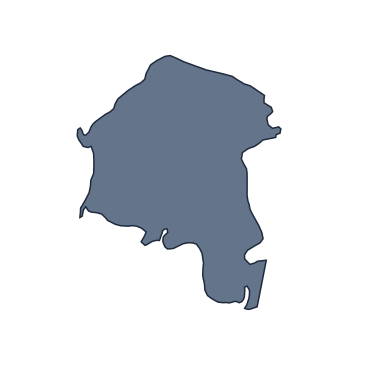 outline of Sarikei, Sarawak, Malaysia, rotated 241°
{"feature_id": "92858781B34394756888936", "entity_name": "Sarikei", "entity_type": "district", "adm_level": 2, "iso_a3": "MYS", "parent_name": "Malaysia", "parent_adm1": "Sarawak", "projection": "mercator", "projection_center": [111.411, 2.079], "detail": "fine", "context": "isolated", "style": "filled", "palette": "slate", "viewbox_px": 384, "rotation_deg": 241, "n_neighbors": 0, "source": "geoboundaries", "source_scale": "gbopen_adm2", "svg_char_len": 2378}
<svg xmlns="http://www.w3.org/2000/svg" viewBox="0 0 384 384"><g transform="rotate(241 192 192)"><path d="M241.3,302.2L256.5,294.5L261.2,290.1L268.0,286.1L273.6,283.3L280.6,276.1L286.9,269.1L292.0,263.5L309.7,248.1L317.0,242.9L321.9,239.0L322.5,237.4L323.7,234.3L324.0,225.0L323.3,217.5L317.7,209.1L313.5,205.4L312.3,200.2L312.5,193.9L311.8,185.3L309.4,172.5L306.7,168.0L302.8,163.8L301.8,158.8L301.9,154.1L300.4,142.0L299.5,138.6L297.9,135.3L294.3,130.8L293.4,127.1L293.8,125.5L295.3,124.9L299.4,125.6L302.2,125.3L302.2,124.0L301.8,122.2L296.7,118.8L292.7,118.3L287.7,118.8L284.7,118.9L281.3,122.6L280.9,125.9L273.7,124.7L267.9,121.9L264.0,119.8L255.9,115.0L251.4,109.3L246.2,105.9L241.3,101.7L238.2,97.1L237.1,95.5L234.6,91.4L233.1,88.9L232.0,86.8L227.9,84.3L225.5,82.5L224.0,81.6L224.1,84.3L226.4,86.2L228.9,88.3L230.7,91.9L225.6,92.3L223.4,94.0L219.9,98.9L216.5,102.3L211.7,103.8L208.1,104.4L201.0,109.2L196.9,113.5L193.2,119.4L191.4,123.7L188.9,127.1L184.7,130.4L179.3,132.5L177.2,130.0L175.6,127.6L173.1,123.4L168.1,125.0L167.8,127.4L168.0,129.7L168.0,131.6L168.0,133.8L166.8,137.9L165.4,140.0L166.6,141.4L169.0,144.0L170.4,145.8L172.2,147.4L172.9,149.7L171.9,152.2L168.4,151.2L167.8,148.8L167.2,146.5L166.2,144.7L162.8,142.5L157.4,141.7L154.1,142.9L152.3,146.6L151.6,148.9L151.1,158.9L149.7,163.6L147.4,167.6L144.3,170.6L139.0,171.3L133.8,171.1L130.8,170.1L126.8,168.5L124.5,167.8L120.5,165.0L114.5,161.3L111.0,159.9L108.2,159.2L104.9,158.0L99.8,155.7L93.9,155.4L89.3,157.5L86.9,158.9L83.2,161.3L81.6,163.4L79.9,165.9L78.8,168.3L76.9,170.8L76.2,173.6L75.5,176.7L74.1,178.3L72.2,179.7L72.0,182.5L73.2,185.1L74.6,186.7L77.4,188.6L80.2,190.4L83.2,191.8L83.0,194.6L78.5,194.6L76.7,193.9L73.9,192.1L71.3,190.2L69.0,187.6L66.9,185.5L64.8,181.6L63.6,182.5L62.2,184.1L61.3,186.2L60.0,193.3L96.3,223.9L99.6,215.9L99.6,211.8L100.7,207.5L108.0,205.6L111.6,207.5L114.1,212.2L114.5,220.6L114.5,226.8L116.7,231.5L122.5,233.4L130.6,234.1L135.7,234.1L144.8,234.1L149.1,234.4L153.2,235.9L157.2,236.6L162.3,238.5L173.9,245.0L182.0,249.4L186.0,250.9L192.2,250.9L196.9,251.2L202.0,255.2L202.7,262.2L201.6,268.7L202.0,273.8L203.1,279.3L199.2,291.7L201.3,293.3L200.8,297.5L204.1,300.3L206.9,299.4L207.6,296.8L208.7,293.3L213.9,291.2L219.5,292.9L221.6,294.5L222.3,298.9L223.2,301.5L227.6,302.4L235.1,298.2L238.8,300.3L241.3,302.2Z" fill="#64748b" stroke="#1e293b" stroke-width="1.5"/></g></svg>